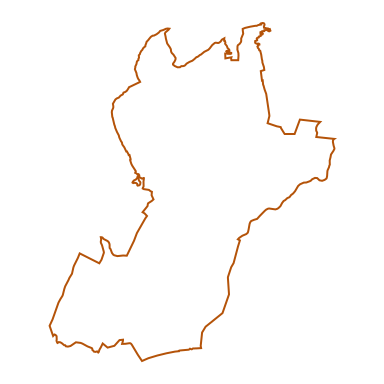 the district of Dumbravesti, Prahova, Romania
{"feature_id": "2599482B52367928700528", "entity_name": "Dumbravesti", "entity_type": "district", "adm_level": 2, "iso_a3": "ROU", "parent_name": "Romania", "parent_adm1": "Prahova", "projection": "mercator", "projection_center": [25.982, 45.089], "detail": "fine", "context": "isolated", "style": "outline", "palette": "amber", "viewbox_px": 384, "rotation_deg": 0, "n_neighbors": 0, "source": "geoboundaries", "source_scale": "gbopen_adm2", "svg_char_len": 5860}
<svg xmlns="http://www.w3.org/2000/svg" viewBox="0 0 384 384"><path d="M196.2,348.4L201.1,348.1L200.7,345.9L202.1,332.5L205.6,326.7L222.5,313.1L229.0,294.4L227.9,277.7L228.0,276.9L231.2,267.2L233.6,263.1L238.0,246.5L239.9,240.4L237.9,239.3L239.2,237.9L242.4,235.7L246.2,234.1L247.6,232.9L248.0,232.1L248.6,229.5L249.6,223.9L250.2,222.3L251.2,221.0L254.1,219.8L257.1,218.9L259.9,215.8L264.8,210.8L266.2,209.6L268.0,208.7L269.1,208.5L275.4,209.4L277.3,208.8L278.4,208.1L280.4,206.2L282.1,203.0L283.6,201.0L285.2,200.1L287.3,198.1L289.2,197.3L289.9,196.7L290.9,195.2L293.1,193.5L295.0,191.3L298.1,186.0L300.0,184.3L303.8,182.6L306.3,182.5L309.6,181.3L310.8,180.7L312.1,179.3L315.0,177.9L317.2,178.1L319.5,180.3L322.1,180.8L324.6,179.9L326.4,178.6L326.7,178.0L327.1,176.0L327.4,171.3L327.6,170.3L329.0,167.2L329.3,165.7L329.8,164.7L329.7,160.5L330.5,157.3L331.0,154.5L333.4,150.9L334.4,148.9L334.4,148.2L333.6,145.6L332.9,141.9L333.0,140.5L333.6,139.4L334.3,138.9L316.3,137.0L317.2,132.9L317.0,132.3L316.2,130.7L316.1,128.1L316.5,126.7L317.7,124.5L320.2,121.9L299.9,119.6L294.6,134.0L284.7,134.0L284.5,133.8L281.0,128.1L280.7,127.1L276.8,126.3L267.6,123.2L269.4,116.0L269.2,114.1L266.2,93.9L264.6,89.5L263.6,85.8L263.1,84.6L262.7,80.4L262.0,80.6L260.8,71.1L264.3,70.0L263.9,67.0L262.4,62.5L262.3,60.7L261.9,59.3L261.2,54.6L260.2,50.7L259.5,50.5L259.1,50.0L258.8,48.8L257.8,47.8L257.7,47.1L257.4,46.5L257.5,46.3L258.2,45.8L258.0,44.9L259.4,44.6L259.4,44.1L258.7,43.6L256.6,43.7L255.5,43.1L255.2,42.8L255.1,42.2L255.2,41.0L256.6,40.6L257.2,40.2L257.2,39.9L256.7,38.8L257.2,37.9L258.6,37.6L258.8,37.4L258.7,36.8L259.1,36.4L260.7,36.0L261.0,35.1L262.6,34.3L262.8,33.5L262.3,33.3L262.1,33.4L262.1,34.0L261.9,34.3L261.2,34.7L260.6,34.5L260.4,33.9L260.6,33.2L260.4,32.6L260.5,32.1L262.0,32.0L262.0,31.3L262.2,31.2L264.2,31.1L264.4,30.1L266.0,30.1L266.4,29.8L267.6,30.2L268.2,31.0L268.7,31.2L269.4,31.3L270.4,30.7L269.8,29.0L268.9,29.2L267.9,28.4L267.3,28.5L264.0,27.7L263.9,26.5L264.5,24.9L264.5,24.2L263.8,23.2L262.5,23.0L260.7,23.5L260.3,23.8L260.2,24.2L261.3,24.2L261.3,24.5L258.4,25.0L256.7,25.8L255.3,25.8L250.2,26.7L245.1,27.9L242.7,28.9L242.8,30.6L243.2,33.7L241.2,38.5L241.2,41.0L241.0,41.9L239.7,43.8L237.9,45.2L237.5,46.2L237.4,49.7L238.4,53.1L238.5,55.6L238.2,60.2L231.4,60.2L231.1,58.4L231.4,57.3L225.4,58.4L225.2,53.5L228.1,53.5L228.1,53.8L230.4,53.9L231.2,53.6L231.2,52.9L228.0,52.6L227.5,52.4L226.3,51.3L226.5,51.0L227.3,50.8L229.4,50.8L229.4,50.1L229.0,49.4L227.6,48.1L226.8,45.9L225.2,43.9L225.1,43.6L225.4,42.6L224.9,40.9L224.3,41.0L224.1,40.3L224.3,38.3L221.8,39.7L220.6,41.6L218.9,42.8L218.1,43.0L215.7,42.7L214.7,43.0L212.2,45.1L209.7,48.4L208.3,49.8L204.3,51.8L200.9,54.6L199.9,55.0L198.1,56.5L197.2,57.0L196.5,57.1L194.5,59.0L192.4,60.7L189.5,61.9L186.6,63.6L185.1,65.3L184.3,65.8L183.1,66.1L181.4,66.1L180.0,67.2L177.6,67.3L174.7,66.0L173.0,64.6L173.0,63.8L173.2,63.4L174.5,61.6L175.1,60.4L175.5,59.4L175.6,58.0L173.5,54.7L171.9,53.1L171.4,52.3L171.0,51.0L170.9,49.6L170.6,48.7L169.7,47.1L167.2,43.5L165.9,38.6L165.6,36.7L164.9,33.5L165.4,32.4L168.5,29.8L169.3,28.7L167.7,28.5L165.9,28.8L163.3,30.0L160.2,30.9L158.9,32.5L156.5,34.3L153.9,35.6L152.6,35.7L150.9,36.8L149.2,38.8L148.4,39.9L146.6,41.8L146.1,43.5L145.4,45.3L145.3,46.4L144.4,47.0L143.1,48.3L142.3,49.9L141.3,50.9L140.2,52.9L139.8,54.3L138.8,55.3L139.0,57.7L138.4,58.9L138.4,60.1L137.4,60.9L136.9,61.6L136.4,64.2L135.3,66.5L135.3,67.7L135.0,68.6L134.9,69.3L136.4,72.9L136.8,75.1L137.7,77.8L138.5,79.3L139.3,80.3L140.1,81.9L128.9,87.3L128.6,88.1L126.9,90.7L125.4,91.9L123.5,92.6L122.8,94.4L120.6,95.6L118.8,97.6L116.8,98.4L115.4,99.5L112.9,103.8L113.3,106.1L113.3,107.5L113.1,108.2L112.0,110.6L111.8,112.2L112.3,117.0L112.6,117.4L114.3,124.6L114.9,126.2L115.3,128.0L117.0,132.0L118.8,135.4L119.3,137.5L121.1,141.4L121.9,142.4L122.3,144.5L124.3,147.3L126.0,150.9L126.3,151.5L126.9,151.4L128.4,154.1L128.7,155.1L129.5,155.0L130.6,159.1L130.6,159.7L130.1,160.0L131.3,163.8L132.2,165.6L135.8,171.2L135.2,172.8L136.1,173.2L137.2,174.1L138.5,174.1L139.3,175.3L139.2,175.7L138.9,176.0L137.9,176.1L137.6,176.3L137.4,177.5L137.0,178.2L135.9,179.5L133.9,180.5L132.8,181.8L132.5,182.6L133.2,183.1L134.9,182.8L136.0,183.0L137.2,183.8L137.3,184.1L137.3,185.2L137.6,185.6L139.0,185.4L139.7,185.0L140.2,184.2L140.4,182.6L140.1,181.8L139.0,180.6L138.5,178.7L138.6,177.9L138.8,177.6L139.8,177.3L141.9,178.6L142.4,178.6L143.4,178.0L143.9,178.1L143.9,178.6L143.5,181.5L143.6,186.2L143.2,187.3L142.9,187.7L142.7,188.5L143.7,189.1L148.9,189.9L150.7,191.3L151.9,191.8L151.6,195.2L153.5,199.4L151.7,201.0L148.1,203.3L147.9,203.8L147.5,206.1L142.6,212.2L144.6,213.4L147.0,216.0L145.3,218.4L136.9,233.1L134.0,240.8L126.8,255.7L123.2,255.5L117.4,256.1L114.3,255.3L113.4,254.8L112.0,253.0L110.5,249.0L109.7,248.1L109.6,247.1L109.6,244.9L109.4,243.7L108.8,242.3L107.7,241.1L103.7,239.0L102.4,237.5L101.3,237.2L100.8,237.2L101.2,239.2L100.8,241.6L100.9,242.8L102.0,245.2L103.7,251.3L103.9,252.7L101.5,259.7L99.3,263.3L79.7,253.4L77.9,257.9L74.1,265.5L73.4,267.4L72.0,273.7L69.4,277.9L68.5,280.0L65.2,286.3L64.3,289.0L62.8,295.0L62.3,296.1L60.4,299.1L58.5,302.6L52.6,319.3L49.6,325.8L53.1,336.0L54.4,334.5L55.5,334.9L56.6,336.2L56.7,339.3L56.5,340.8L57.2,342.7L57.6,343.0L58.7,342.1L60.3,342.3L61.7,343.1L64.2,345.2L65.3,345.3L65.9,346.3L67.9,346.6L70.5,346.0L75.9,342.3L80.6,342.9L82.4,343.6L87.5,346.4L91.8,348.1L92.2,348.6L92.4,350.0L93.2,350.6L93.9,351.6L95.5,351.9L97.1,351.4L98.2,352.5L98.8,351.9L99.4,349.8L100.9,347.2L102.7,343.5L107.6,347.6L114.4,345.8L119.5,340.1L123.0,339.7L123.0,340.6L122.1,343.9L125.4,343.8L129.4,343.2L130.4,343.3L131.1,343.8L131.8,344.7L137.8,354.7L142.0,361.0L148.4,358.2L157.4,355.5L166.4,353.3L175.0,351.6L178.9,351.2L178.9,350.8L179.7,350.5L188.6,349.7L189.3,349.4L190.0,348.7L191.4,349.3L192.0,349.2L192.9,348.5L196.2,348.4Z" fill="none" stroke="#b45309" stroke-width="2"/></svg>